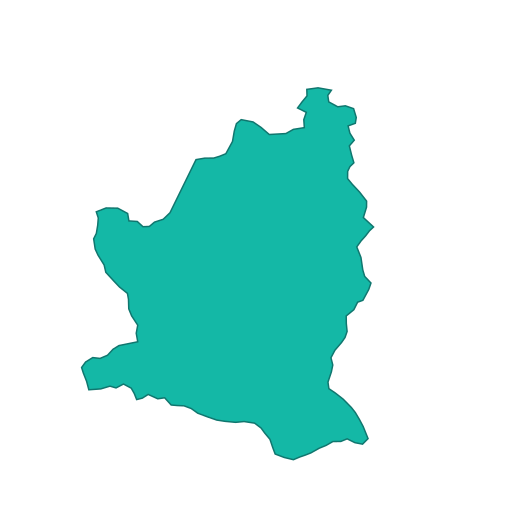 outline of Jandaia do Sul, Paraná, Brazil, rotated 109°
{"feature_id": "56859067B22052516626747", "entity_name": "Jandaia do Sul", "entity_type": "district", "adm_level": 2, "iso_a3": "BRA", "parent_name": "Brazil", "parent_adm1": "Paraná", "projection": "robinson", "projection_center": [-51.684, -23.629], "detail": "fine", "context": "isolated", "style": "filled", "palette": "teal", "viewbox_px": 512, "rotation_deg": 109, "n_neighbors": 0, "source": "geoboundaries", "source_scale": "gbopen_adm2", "svg_char_len": 1992}
<svg xmlns="http://www.w3.org/2000/svg" viewBox="0 0 512 512"><g transform="rotate(109 256 256)"><path d="M266.2,421.4L271.4,417.5L278.4,415.7L286.7,414.3L292.6,415.1L301.8,410.3L306.6,405.7L313.9,396.7L320.3,392.7L326.0,382.2L329.8,374.9L333.2,365.4L338.4,362.5L347.4,359.1L353.1,354.1L359.9,345.3L368.0,344.1L375.6,339.9L385.3,356.4L390.7,360.8L398.2,364.1L403.6,370.1L405.2,377.3L411.7,382.6L418.2,384.6L422.8,381.2L429.6,375.4L436.9,370.5L432.2,359.5L426.6,351.7L426.3,345.4L420.2,339.6L421.6,330.9L425.7,326.3L430.6,322.1L427.4,317.2L422.0,312.9L423.0,302.4L419.8,296.2L424.5,287.7L423.0,281.7L421.1,275.3L421.3,267.6L423.6,259.9L423.9,248.5L423.9,239.7L422.4,231.4L419.9,221.1L416.4,213.4L414.5,202.9L417.0,195.2L420.5,190.2L424.8,183.1L431.8,177.7L437.0,173.4L437.3,163.7L436.4,154.3L431.8,149.2L428.3,144.7L424.3,140.0L417.3,133.8L412.3,128.1L406.4,122.9L403.7,115.4L399.2,110.3L400.3,101.7L399.2,94.0L392.2,90.6L382.4,99.1L376.9,105.0L371.7,111.1L368.2,116.5L363.0,126.9L359.8,136.2L357.7,143.9L351.8,146.9L341.0,147.0L334.1,147.9L327.8,152.0L319.4,150.7L310.1,147.0L304.1,145.3L297.7,145.3L290.5,148.6L283.3,151.2L274.9,146.0L266.6,144.9L263.1,140.5L250.9,138.5L244.1,138.5L239.9,146.6L234.4,150.5L223.2,156.3L214.6,163.7L207.6,161.6L201.2,158.9L195.2,156.9L190.3,154.3L184.7,167.0L173.8,167.4L168.1,169.3L161.9,178.8L156.8,188.4L153.0,194.6L146.1,196.9L140.9,196.3L136.0,193.8L129.4,198.5L121.5,203.6L114.5,200.8L109.3,207.2L103.0,211.3L98.2,205.3L92.4,206.3L84.9,211.7L84.9,220.4L88.3,227.3L86.6,237.4L80.8,240.4L74.7,238.7L76.8,252.1L81.9,262.2L88.0,259.9L95.2,262.6L102.5,264.9L103.8,255.2L111.5,255.2L118.9,252.1L124.1,261.9L130.5,267.6L136.8,283.0L132.8,293.0L130.2,302.4L131.9,314.4L137.2,317.6L144.9,317.2L155.4,315.5L169.1,317.8L173.5,322.8L177.2,327.9L180.2,336.4L184.4,344.1L243.1,351.4L251.5,355.7L257.0,363.0L262.8,366.5L265.1,372.4L262.0,379.5L264.2,387.6L257.6,391.2L255.8,402.3L259.4,413.4L266.2,421.4Z" fill="#14b8a6" stroke="#0f766e" stroke-width="1.5"/></g></svg>